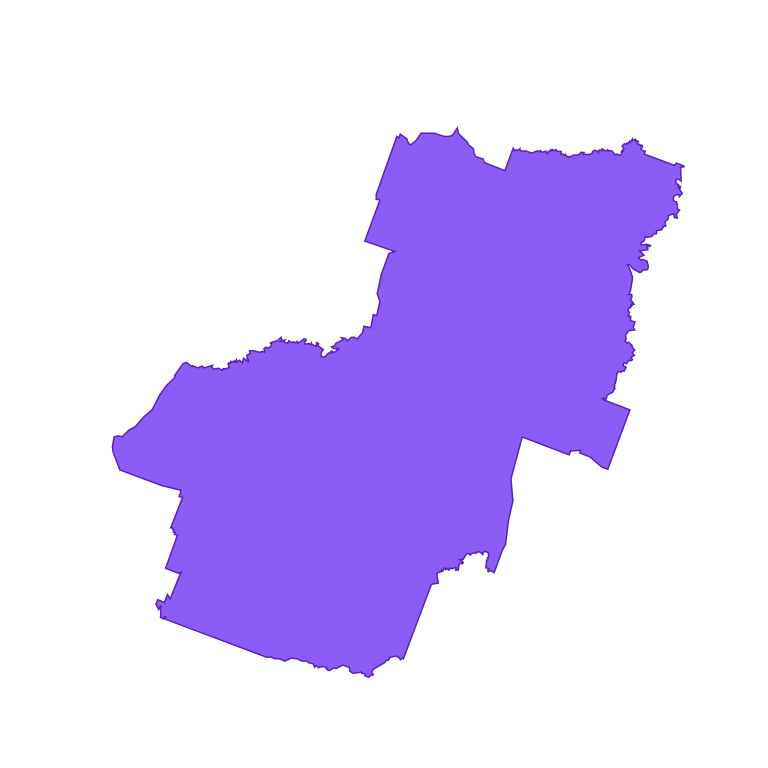 Golden Plains, Victoria, Australia, rotated 282°
{"feature_id": "25037944B31372279830401", "entity_name": "Golden Plains", "entity_type": "district", "adm_level": 2, "iso_a3": "AUS", "parent_name": "Australia", "parent_adm1": "Victoria", "projection": "natural_earth1", "projection_center": [143.959, -37.852], "detail": "fine", "context": "isolated", "style": "filled", "palette": "violet", "viewbox_px": 768, "rotation_deg": 282, "n_neighbors": 0, "source": "geoboundaries", "source_scale": "gbopen_adm2", "svg_char_len": 6135}
<svg xmlns="http://www.w3.org/2000/svg" viewBox="0 0 768 768"><g transform="rotate(282 384 384)"><path d="M245.0,143.5L238.4,188.0L237.8,207.7L231.3,207.0L231.1,210.5L198.9,205.3L199.4,207.1L197.5,207.6L197.3,208.9L195.4,208.7L195.2,210.5L193.4,210.3L192.9,213.4L158.3,208.7L156.1,222.5L157.8,224.6L129.5,219.5L133.0,216.0L124.7,214.6L126.0,207.5L121.3,206.7L116.7,210.3L120.2,211.5L120.0,212.2L117.5,211.7L114.6,213.3L109.3,213.9L108.5,216.8L110.6,217.6L110.6,218.9L108.6,218.1L92.3,326.1L93.4,330.2L92.6,334.3L93.5,338.7L92.3,344.5L96.5,350.2L97.3,357.5L96.2,358.8L96.0,363.0L97.0,365.7L95.7,368.3L95.6,373.0L92.6,375.0L94.6,376.5L93.0,378.7L95.0,383.0L94.6,386.4L93.6,386.6L94.0,387.4L92.5,388.4L92.3,390.2L95.7,393.9L95.8,396.4L100.5,402.1L99.6,408.9L95.8,410.6L94.6,414.2L97.5,421.8L96.3,422.4L96.9,423.3L96.1,426.3L94.7,425.8L93.9,429.9L97.0,432.1L96.7,433.6L97.9,433.8L99.4,431.8L102.8,432.9L111.5,442.5L114.2,443.8L114.5,445.3L116.4,446.5L117.6,446.0L120.3,452.0L119.7,455.2L117.7,457.4L119.8,459.2L119.2,460.1L197.9,472.0L200.6,478.5L208.1,475.4L210.5,475.6L212.2,478.8L213.5,478.9L212.6,479.5L213.4,480.5L216.5,481.2L215.5,482.7L216.6,482.9L215.7,484.0L216.7,484.8L215.5,486.2L217.7,486.9L217.5,489.0L219.3,492.2L219.2,493.2L216.9,492.6L217.5,495.4L223.1,494.8L224.7,496.3L224.5,498.1L225.9,498.6L228.0,494.8L228.7,497.8L234.9,500.0L235.8,501.2L234.7,504.1L236.8,505.4L237.9,508.4L237.5,509.3L239.4,510.4L239.4,513.2L237.7,516.1L239.7,516.0L241.3,517.4L241.0,520.8L237.3,522.3L235.5,521.3L233.9,522.1L233.1,521.0L225.5,521.8L225.0,525.0L223.2,524.2L221.9,525.0L223.6,526.9L222.4,531.0L245.5,534.2L252.4,536.2L276.9,534.1L296.4,534.4L317.6,527.9L360.9,530.2L353.2,579.8L357.3,580.5L360.0,590.1L357.2,589.9L355.5,600.6L347.9,614.5L347.2,620.6L409.8,629.9L414.3,601.1L415.0,600.7L416.2,602.1L415.3,602.6L415.6,604.6L419.5,604.6L423.6,609.4L427.8,610.8L428.8,609.6L430.3,610.3L431.7,609.3L432.8,610.3L434.1,609.4L434.9,610.3L443.3,609.7L445.1,611.0L444.8,613.4L446.5,614.3L446.4,616.2L450.8,617.4L451.7,613.9L453.8,614.1L454.8,614.9L454.2,616.9L458.4,618.6L457.8,620.0L458.5,621.3L459.6,621.9L461.4,620.0L464.0,622.9L465.9,620.4L469.3,622.2L471.0,619.7L473.5,618.5L475.7,614.4L474.5,613.2L476.4,610.6L478.3,611.6L482.0,610.1L485.7,611.6L487.4,613.1L488.9,617.9L491.4,616.0L496.9,616.7L497.3,611.9L501.4,611.3L501.7,609.5L500.9,609.2L501.8,608.6L505.0,609.3L506.7,607.2L509.2,607.6L509.5,608.9L512.3,610.3L512.7,609.0L513.9,609.8L513.3,610.3L514.0,612.0L518.3,607.4L520.4,608.5L523.1,607.7L522.5,604.7L526.0,605.7L539.6,605.1L547.3,600.8L551.3,597.3L551.7,599.3L548.5,603.6L546.2,610.7L546.9,612.3L549.2,613.5L550.8,618.1L553.9,618.1L558.9,615.7L559.5,610.9L558.5,609.6L560.5,606.5L564.1,611.5L567.3,606.3L570.2,614.3L573.3,612.5L573.6,615.3L574.9,615.9L575.2,611.7L573.4,607.2L575.0,605.8L578.3,608.7L582.7,608.8L582.0,610.5L583.9,615.1L586.7,616.5L587.7,619.3L590.6,618.6L592.6,623.5L596.3,624.8L597.1,626.8L601.3,625.3L604.1,627.5L607.8,627.2L610.9,632.0L607.2,633.4L607.3,636.3L610.8,634.7L615.6,637.0L616.0,634.9L621.2,633.2L623.0,632.1L623.0,629.5L626.9,628.1L629.7,629.9L630.5,633.2L628.7,634.0L632.5,636.1L637.2,631.3L637.0,632.8L638.8,633.1L638.6,631.4L640.2,630.7L640.6,628.3L644.1,626.8L645.7,629.6L644.3,632.5L657.4,629.1L659.0,632.3L659.6,631.9L660.9,623.9L658.2,622.9L663.0,590.7L666.1,591.1L665.6,589.8L667.1,586.5L669.7,587.6L670.9,586.9L671.2,585.9L670.3,585.6L671.6,584.0L671.0,583.0L672.1,581.8L674.1,582.4L674.6,580.5L673.9,580.0L675.7,578.9L673.8,576.6L675.3,576.0L671.7,574.7L672.5,573.9L669.8,572.6L670.3,571.7L668.9,571.1L668.9,569.2L666.3,567.4L663.4,569.9L661.9,568.6L661.1,569.5L660.9,567.9L658.3,568.5L656.7,566.7L657.3,564.1L656.2,562.4L659.4,558.4L658.9,554.8L659.6,554.1L658.3,553.4L658.2,551.8L659.3,548.5L657.9,548.9L657.6,545.8L654.9,545.5L656.5,543.4L656.3,541.3L654.6,539.6L653.3,540.0L651.1,537.2L650.2,530.9L652.0,531.5L651.7,528.7L648.6,526.8L647.2,521.4L645.8,521.0L645.4,518.7L644.2,518.3L645.4,513.9L646.4,513.8L645.1,512.5L646.2,511.2L645.7,509.3L648.3,508.9L647.5,505.0L649.1,503.5L647.4,501.7L648.8,499.6L647.9,500.1L647.8,498.6L647.2,499.0L645.5,496.3L643.8,496.6L643.8,494.8L645.5,493.9L643.6,490.8L644.9,488.4L643.4,487.6L644.1,485.7L640.6,480.5L641.4,473.8L640.5,470.5L641.2,468.3L642.4,468.0L640.6,466.8L640.5,464.4L639.4,463.3L641.6,461.4L617.9,457.9L620.9,439.0L621.8,436.0L624.6,434.2L625.5,426.3L628.4,424.0L632.6,422.7L635.6,416.9L638.4,414.6L644.3,404.9L649.7,402.5L641.4,399.2L639.8,396.4L638.7,391.5L639.7,381.3L637.1,368.2L629.1,364.9L623.6,360.6L624.1,358.2L628.4,355.4L631.8,347.9L627.9,347.3L628.9,345.1L567.6,337.0L563.0,338.0L563.4,340.9L562.6,341.7L519.8,335.5L515.9,366.9L512.6,361.6L490.3,358.6L470.9,358.6L464.0,362.8L449.3,362.7L449.7,359.1L436.3,359.4L436.3,352.3L429.8,352.3L422.4,348.4L423.5,344.9L422.7,342.2L418.7,339.3L420.5,336.7L420.5,332.7L418.9,334.6L418.1,334.2L413.9,328.5L410.8,327.4L409.4,324.9L408.3,326.9L408.5,330.3L409.4,331.3L408.7,332.4L404.1,328.2L405.4,326.4L404.8,325.2L403.7,326.0L402.7,323.3L397.9,320.3L397.6,316.8L400.8,316.0L405.0,317.4L407.8,311.5L409.8,311.7L410.6,310.2L410.4,309.4L406.7,309.8L407.8,305.2L409.1,304.5L407.4,304.1L407.9,302.3L406.8,298.5L408.1,297.5L410.5,298.8L411.6,298.1L411.5,296.4L406.0,291.5L407.7,290.3L405.8,288.3L406.5,286.9L405.4,285.2L406.5,281.9L403.9,281.5L404.3,277.3L406.5,278.1L404.3,274.1L406.0,274.9L408.3,273.6L404.4,271.0L400.8,264.5L400.1,264.4L399.7,265.9L396.9,265.3L395.0,263.1L395.5,260.9L393.4,259.2L391.2,260.8L390.1,260.4L390.7,258.4L389.2,256.0L389.4,249.2L388.5,245.6L386.1,246.7L383.6,243.9L380.3,244.9L379.1,246.7L377.5,246.4L380.0,241.3L375.3,241.0L377.2,237.7L375.0,236.0L377.1,234.6L374.3,234.0L375.6,232.5L373.6,231.1L374.3,229.5L372.5,229.3L372.5,228.0L371.3,227.2L368.0,229.1L365.9,225.9L365.6,223.5L364.0,223.1L364.9,218.5L363.2,214.8L364.4,212.1L366.6,212.4L362.4,204.9L363.7,202.2L361.1,198.7L362.1,193.1L361.0,192.9L364.0,186.3L362.3,183.3L348.7,177.4L346.8,178.0L337.4,171.6L326.8,167.0L310.5,162.5L302.4,156.2L290.7,149.6L285.7,144.0L278.0,138.8L277.9,134.5L276.1,131.0L266.2,131.4L261.4,133.0L245.0,143.5Z" fill="#8b5cf6" stroke="#5b21b6" stroke-width="1.5"/></g></svg>